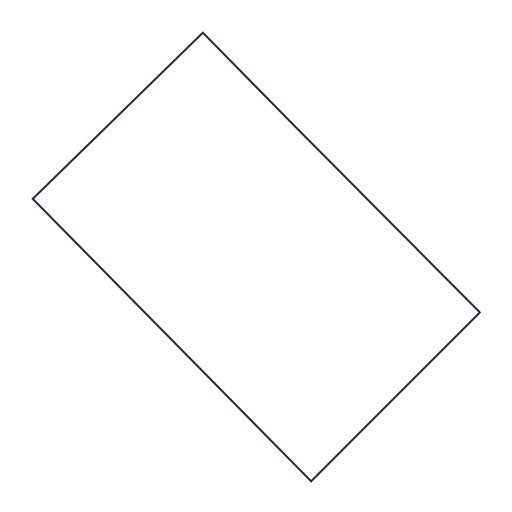 outline of Hucal, La Pampa, Argentina, rotated 45°
{"feature_id": "61730980B74223418294329", "entity_name": "Hucal", "entity_type": "district", "adm_level": 2, "iso_a3": "ARG", "parent_name": "Argentina", "parent_adm1": "La Pampa", "projection": "mercator", "projection_center": [-63.771, -37.979], "detail": "fine", "context": "isolated", "style": "outline", "palette": "slate", "viewbox_px": 512, "rotation_deg": 45, "n_neighbors": 0, "source": "geoboundaries", "source_scale": "gbopen_adm2", "svg_char_len": 471}
<svg xmlns="http://www.w3.org/2000/svg" viewBox="0 0 512 512"><g transform="rotate(45 256 256)"><path d="M454.2,181.4L454.2,163.5L454.2,142.0L454.2,137.7L453.6,137.6L417.9,137.5L394.6,137.5L363.4,137.3L337.5,137.3L257.4,137.0L190.8,136.8L178.3,136.7L63.4,135.7L60.5,135.7L59.1,258.0L58.6,299.8L57.7,373.5L63.1,373.5L297.6,375.2L394.0,375.9L453.7,376.3L454.3,376.3L454.2,309.0L454.2,279.7L454.2,244.9L454.2,181.4Z" fill="none" stroke="#1e293b" stroke-width="2"/></g></svg>